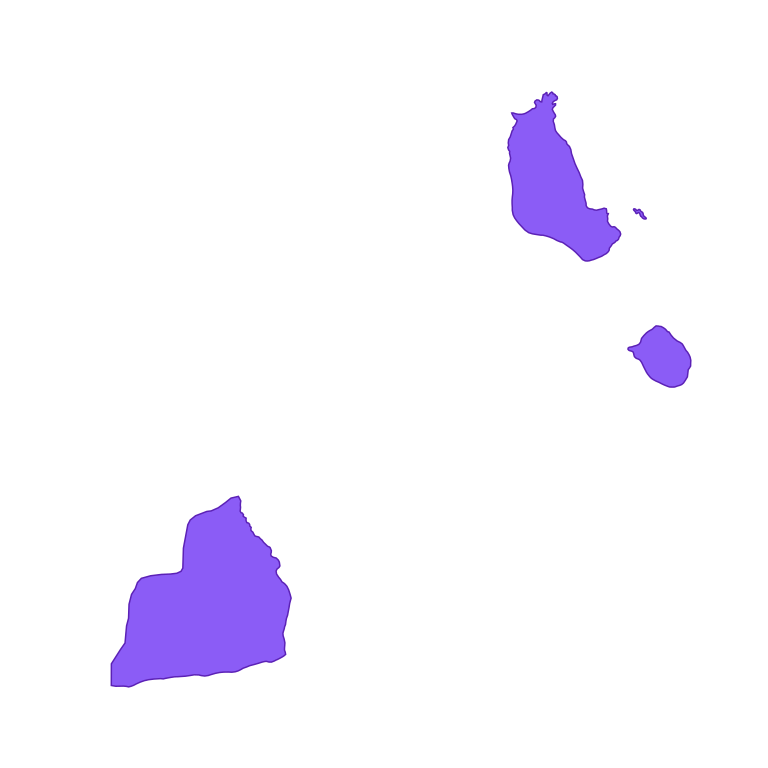 the district of Tongariki, Shefa, Vanuatu, rotated 263°
{"feature_id": "77236927B69606331838756", "entity_name": "Tongariki", "entity_type": "district", "adm_level": 2, "iso_a3": "VUT", "parent_name": "Vanuatu", "parent_adm1": "Shefa", "projection": "orthographic", "projection_center": [168.594, -16.963], "detail": "fine", "context": "isolated", "style": "filled", "palette": "violet", "viewbox_px": 768, "rotation_deg": 263, "n_neighbors": 0, "source": "geoboundaries", "source_scale": "gbopen_adm2", "svg_char_len": 6053}
<svg xmlns="http://www.w3.org/2000/svg" viewBox="0 0 768 768"><g transform="rotate(263 384 384)"><path d="M118.0,76.6L116.7,80.9L116.2,85.8L115.9,88.7L115.2,91.7L114.5,93.6L114.8,96.1L115.5,98.9L116.5,101.5L117.8,105.6L118.8,110.2L118.9,111.5L119.2,114.2L119.2,119.6L118.8,126.3L118.2,129.0L118.5,131.6L118.8,136.6L118.9,140.6L118.6,143.7L118.4,147.7L118.2,151.3L118.3,156.1L118.5,160.2L117.8,164.8L116.9,167.0L116.0,170.5L116.1,174.1L116.4,175.5L116.8,177.7L117.4,181.5L117.7,185.7L117.6,189.7L117.2,193.3L117.1,194.4L116.5,197.7L116.5,201.3L117.0,204.2L117.9,206.8L119.1,209.6L119.9,213.2L120.8,216.4L121.4,220.8L122.1,225.3L122.9,229.5L123.1,231.7L123.1,233.3L122.7,234.4L122.1,235.8L121.7,238.4L122.4,241.2L123.3,243.6L123.5,244.5L124.4,247.0L125.6,250.0L126.4,251.6L127.6,253.4L129.8,253.3L132.0,252.8L134.2,253.1L136.5,253.6L139.2,254.1L143.0,253.8L146.4,253.2L149.0,253.3L150.9,254.1L153.3,255.2L155.0,255.7L157.2,256.9L160.7,257.8L163.2,258.6L166.2,260.1L170.3,261.4L173.4,262.4L177.6,263.6L180.4,264.7L182.8,265.7L186.4,265.2L191.2,264.3L195.0,263.0L197.4,261.4L198.7,260.2L199.6,259.1L200.2,258.5L202.6,257.5L205.1,255.9L207.9,254.5L208.4,254.2L211.5,254.1L213.3,255.2L213.5,255.5L214.7,257.4L216.1,258.5L220.0,258.4L222.0,257.7L224.4,255.8L225.5,253.0L227.0,251.1L229.0,250.8L230.4,251.5L232.3,251.9L235.6,251.0L236.4,250.1L237.1,248.7L241.5,245.2L244.1,243.8L245.4,242.5L247.4,241.1L248.1,239.3L248.3,238.6L249.0,237.3L250.9,236.5L252.9,235.8L254.7,234.2L256.4,234.2L257.9,234.7L259.2,233.6L261.1,233.5L262.4,232.7L263.2,230.9L265.5,230.4L267.7,230.8L268.9,229.1L270.1,228.1L271.3,228.6L273.1,227.7L273.7,226.4L275.4,225.7L277.3,226.2L279.2,226.6L281.0,226.6L283.3,227.0L285.4,227.6L287.6,226.8L290.2,225.8L289.4,218.2L285.7,212.3L281.3,204.3L279.1,197.0L279.1,192.6L276.2,180.9L272.6,175.1L268.2,172.1L245.5,164.9L225.8,161.9L222.8,159.7L221.4,155.3L221.4,148.8L222.1,140.0L222.1,129.0L220.7,119.5L217.0,115.1L211.2,112.2L206.0,107.8L196.5,104.1L182.6,101.9L175.3,99.0L158.5,95.4L152.7,90.2L139.5,79.3L118.0,76.6ZM561.1,605.8L562.0,605.8L565.6,604.6L570.0,603.5L575.0,601.8L579.5,600.4L581.4,600.0L585.2,599.2L589.8,598.2L593.9,598.0L597.2,597.0L599.1,595.4L600.4,594.6L601.9,594.6L603.3,593.8L604.7,591.9L607.1,589.8L610.1,587.8L612.4,586.2L614.7,585.1L617.4,584.8L620.8,584.7L624.0,584.0L626.4,584.5L627.5,586.0L628.9,587.0L630.4,586.8L632.9,585.6L636.0,584.5L637.6,585.3L639.1,587.2L640.0,588.3L641.3,588.4L641.3,587.2L641.0,585.5L641.9,585.2L643.4,586.2L644.4,587.9L645.0,590.0L646.2,590.9L647.9,590.9L648.9,590.2L649.1,589.3L650.2,589.2L650.3,589.1L651.2,588.0L651.4,587.1L652.7,586.9L653.3,586.0L652.4,584.3L651.3,583.2L650.1,581.9L650.7,581.1L653.2,581.2L653.5,580.6L652.4,579.3L651.7,577.3L650.5,576.9L646.8,575.5L644.8,574.9L645.1,573.7L646.9,572.2L647.4,570.3L646.4,568.4L645.1,567.7L642.1,569.0L640.0,568.4L639.1,566.8L639.1,564.8L637.9,562.9L636.7,560.5L635.4,557.3L635.1,555.9L634.9,553.6L635.3,550.3L636.1,547.8L637.3,545.2L637.4,543.8L636.1,544.1L633.4,545.2L631.4,546.1L630.3,547.7L628.9,548.2L625.8,546.4L624.1,545.0L622.8,543.2L621.2,543.5L619.6,542.0L616.5,540.6L613.9,539.4L611.4,537.5L608.1,536.7L605.7,536.8L603.6,535.7L601.1,536.2L599.7,537.1L597.7,536.7L595.0,537.0L592.7,537.2L589.8,536.3L587.9,535.1L586.0,534.3L582.5,534.2L579.3,534.4L575.1,535.2L571.9,535.5L567.2,535.7L564.3,535.7L560.6,535.5L557.0,534.9L554.2,534.2L550.8,533.5L547.3,533.1L544.2,532.9L543.9,532.9L540.8,532.5L536.3,532.8L533.0,533.9L530.9,535.0L529.3,535.9L526.9,537.4L522.9,540.3L520.4,542.1L519.3,543.0L518.2,544.3L516.6,546.0L515.0,549.5L513.9,553.2L512.8,557.1L512.6,557.9L512.3,559.9L511.2,562.9L509.8,566.1L507.7,569.9L507.0,570.9L505.4,573.1L503.5,576.5L503.2,577.5L503.1,577.8L502.1,579.3L501.9,579.5L499.4,582.2L497.0,584.9L494.3,587.7L491.5,590.2L486.4,594.1L483.3,596.2L481.7,598.7L481.3,600.7L481.3,601.4L481.3,602.9L481.7,605.0L482.0,607.2L482.6,609.5L483.2,611.6L483.5,612.6L483.8,613.9L484.3,615.7L485.4,618.0L486.4,620.6L487.9,622.6L489.2,623.7L491.4,624.3L491.5,624.4L492.5,625.4L493.6,626.5L495.2,627.7L496.0,629.6L496.5,630.5L497.6,631.6L498.1,633.1L499.1,634.4L501.0,635.2L502.4,636.5L504.0,637.2L506.5,636.7L507.7,635.8L508.5,635.1L509.6,634.0L511.3,632.8L512.1,631.5L512.0,629.8L513.0,628.2L515.7,626.6L518.3,625.6L520.6,626.2L523.7,626.2L524.9,627.0L525.8,627.4L526.0,626.1L527.0,625.9L528.7,626.1L530.8,626.0L531.4,624.5L531.7,623.9L531.2,621.5L530.9,618.3L530.6,616.1L531.2,613.9L532.2,612.2L532.7,610.0L533.1,609.0L533.5,608.4L534.1,607.4L536.3,606.4L538.9,606.6L542.2,606.1L545.1,605.7L547.6,606.2L550.4,605.6L554.2,605.0L557.8,605.7L561.1,605.8ZM381.2,687.5L383.0,686.8L385.7,685.7L387.4,684.9L389.1,683.1L391.0,680.2L394.4,676.9L397.5,674.9L400.9,673.2L401.4,671.8L404.0,670.1L405.7,668.3L407.3,666.1L407.7,664.3L408.0,663.6L408.5,661.1L407.3,659.1L406.2,657.7L405.6,656.8L404.5,654.0L403.9,652.7L402.8,650.8L400.4,647.8L397.9,645.2L394.2,643.7L392.3,641.8L391.5,639.3L391.1,636.5L390.7,634.9L390.6,632.3L390.5,631.7L389.9,630.7L388.8,630.4L387.9,630.9L387.3,631.6L387.1,632.1L386.2,634.2L385.3,635.2L383.8,635.5L382.3,635.6L380.6,635.9L378.8,637.4L377.8,639.3L377.1,640.4L376.2,641.2L374.1,642.3L372.4,642.9L369.6,643.8L366.8,644.8L363.8,645.9L361.9,646.8L358.8,648.7L357.0,650.1L355.4,652.0L354.8,652.9L353.9,654.1L353.2,655.3L352.1,657.2L350.5,659.5L348.8,662.2L347.0,665.5L346.2,667.2L345.8,670.0L345.6,672.1L346.3,675.3L346.6,677.3L347.2,679.4L348.5,681.4L350.9,683.5L354.1,686.0L358.2,687.0L361.1,687.7L362.5,689.0L364.4,690.5L367.2,690.9L370.1,691.4L373.4,691.1L375.7,690.4L378.5,689.2L380.2,688.0L381.2,687.5ZM521.6,658.7L520.2,658.9L519.2,659.3L518.5,660.1L517.4,660.7L516.4,661.8L515.9,663.2L516.0,664.2L516.6,664.5L517.7,663.7L518.7,662.6L520.0,662.0L521.9,661.9L522.9,661.5L523.6,660.6L524.7,659.6L525.8,659.3L526.2,658.4L525.5,656.9L525.5,655.9L526.7,655.1L527.3,654.2L527.3,653.7L527.3,653.2L526.7,652.9L525.9,653.2L525.1,653.8L524.6,654.3L523.9,654.6L523.2,654.6L522.4,655.3L522.4,655.8L522.8,656.6L523.1,657.6L522.5,658.4L521.6,658.7Z" fill="#8b5cf6" stroke="#5b21b6" stroke-width="1.5"/></g></svg>